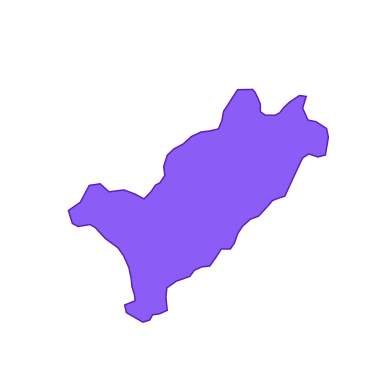 outline of Jangsu-gun, North Jeolla, South Korea, rotated 28°
{"feature_id": "91817680B93090957259339", "entity_name": "Jangsu-gun", "entity_type": "district", "adm_level": 2, "iso_a3": "KOR", "parent_name": "South Korea", "parent_adm1": "North Jeolla", "projection": "albers", "projection_center": [127.547, 35.652], "detail": "fine", "context": "isolated", "style": "filled", "palette": "violet", "viewbox_px": 384, "rotation_deg": 28, "n_neighbors": 0, "source": "geoboundaries", "source_scale": "gbopen_adm2", "svg_char_len": 1223}
<svg xmlns="http://www.w3.org/2000/svg" viewBox="0 0 384 384"><g transform="rotate(28 192 192)"><path d="M248.0,54.0L241.6,56.3L235.8,67.2L233.6,73.7L232.2,81.0L229.3,85.3L220.6,89.7L214.7,89.0L211.1,82.4L206.0,78.1L200.9,74.4L197.3,73.0L184.2,80.3L182.8,97.7L182.0,105.7L184.9,115.1L185.7,123.9L179.1,129.7L171.8,134.8L165.3,143.5L161.7,153.7L155.8,162.4L152.9,171.1L155.1,182.8L160.2,190.1L159.4,198.8L156.5,203.2L155.8,210.4L152.9,220.6L142.7,220.6L134.8,221.6L131.0,222.1L118.6,230.8L107.0,227.9L98.2,234.4L98.2,244.6L98.2,253.3L91.6,266.4L93.1,267.9L101.1,275.9L107.6,275.9L117.1,268.7L123.0,268.7L137.5,273.8L152.8,276.0L161.6,280.4L171.8,288.4L179.1,297.2L183.4,303.7L189.3,309.6L192.9,314.7L185.6,323.4L190.7,329.3L209.7,330.0L214.8,324.9L214.8,319.0L220.6,314.7L225.7,308.1L218.4,297.2L214.8,288.4L219.9,278.2L229.7,267.5L230.8,260.0L235.9,253.4L242.5,249.0L243.9,237.4L244.6,228.6L252.6,224.3L253.4,217.0L251.9,207.5L252.6,198.8L256.3,188.6L262.1,182.0L265.0,171.1L267.1,161.7L272.2,155.8L275.9,152.2L275.1,138.4L274.4,126.0L273.6,110.0L277.3,103.5L286.7,102.0L292.4,96.7L286.7,79.6L281.0,72.8L268.5,71.7L260.6,74.0L250.3,66.0L248.1,54.7L248.0,54.0Z" fill="#8b5cf6" stroke="#5b21b6" stroke-width="1.5"/></g></svg>